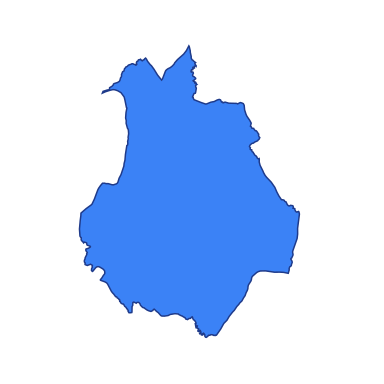 outline of Ou Chum, Rôtânôkiri, Cambodia, rotated 111°
{"feature_id": "14789045B56033797709996", "entity_name": "Ou Chum", "entity_type": "district", "adm_level": 2, "iso_a3": "KHM", "parent_name": "Cambodia", "parent_adm1": "Rôtânôkiri", "projection": "albers", "projection_center": [107.039, 13.843], "detail": "fine", "context": "isolated", "style": "filled", "palette": "blue", "viewbox_px": 384, "rotation_deg": 111, "n_neighbors": 0, "source": "geoboundaries", "source_scale": "gbopen_adm2", "svg_char_len": 6014}
<svg xmlns="http://www.w3.org/2000/svg" viewBox="0 0 384 384"><g transform="rotate(111 192 192)"><path d="M316.9,117.9L309.7,116.1L303.3,115.2L299.2,113.4L294.8,112.7L289.6,111.1L287.3,110.1L282.8,109.1L280.1,108.0L278.6,107.7L275.9,106.4L272.2,105.9L269.8,105.3L266.7,105.4L264.0,105.1L262.3,105.2L260.3,105.8L258.6,106.0L254.1,105.1L252.8,105.1L250.5,105.6L249.1,105.4L243.9,102.7L242.6,101.6L241.2,99.8L239.3,95.1L237.3,86.2L235.4,81.5L234.2,77.7L233.4,73.0L230.0,73.3L228.6,73.9L227.9,73.9L226.8,73.9L225.3,72.9L223.7,73.2L222.2,73.2L221.6,73.3L220.7,73.9L219.2,75.7L218.5,75.8L218.0,75.3L215.0,75.1L214.1,75.3L212.0,76.6L210.6,76.8L197.8,77.2L193.4,78.3L188.1,80.4L174.1,83.8L172.3,85.0L172.0,85.6L173.2,87.0L173.2,87.5L172.7,88.6L171.3,89.9L170.7,90.1L170.9,91.9L170.0,91.9L168.9,92.6L168.7,93.1L169.1,95.2L169.9,95.8L170.2,96.4L170.2,97.2L169.7,98.4L167.5,100.7L167.6,101.2L167.4,102.2L166.7,103.0L166.7,104.2L167.1,105.8L164.5,109.5L161.6,112.8L158.0,116.3L154.4,121.6L151.6,127.5L150.3,129.7L148.3,132.1L146.9,133.4L142.7,138.0L139.9,140.0L137.4,140.9L136.7,141.3L137.3,141.9L137.0,143.2L136.2,143.8L135.3,145.2L135.3,145.8L134.8,147.0L134.1,147.7L133.9,148.3L133.0,149.0L132.8,150.2L132.1,150.9L131.2,151.4L131.5,152.5L131.0,153.2L129.8,153.3L129.1,154.6L127.7,154.7L126.3,154.1L125.0,153.3L124.4,152.2L123.0,151.4L120.7,149.1L119.5,148.8L118.8,148.3L116.9,148.2L116.3,149.4L115.1,150.3L114.1,150.4L113.8,151.1L113.0,152.0L112.2,153.2L111.8,154.1L112.1,154.8L111.2,156.5L110.5,157.2L111.0,158.9L109.8,160.2L109.7,161.0L106.5,161.4L104.4,163.8L101.5,168.0L100.0,169.5L96.5,172.3L92.3,174.4L91.1,175.8L91.0,177.4L91.2,179.0L93.4,181.0L93.3,182.1L95.9,189.5L96.2,193.1L96.4,193.6L97.1,194.2L97.6,195.0L97.0,195.7L97.4,196.7L95.8,198.4L95.8,199.8L97.1,201.5L99.6,203.7L101.4,206.6L104.5,209.9L105.0,210.9L105.2,215.6L105.1,223.2L103.9,224.5L103.2,224.8L103.1,225.6L99.3,225.4L98.6,224.3L97.8,224.3L93.4,225.2L92.8,226.0L91.4,226.8L90.0,226.1L90.1,226.7L89.5,226.9L89.0,226.9L88.7,227.5L89.3,228.3L88.9,228.7L88.2,228.4L88.0,229.4L88.1,230.2L87.8,230.8L85.0,229.2L84.5,229.3L83.7,231.1L83.6,232.5L82.7,233.4L80.6,233.3L79.8,233.9L79.8,234.9L80.3,235.6L80.0,236.0L78.7,236.3L78.0,236.2L77.7,235.2L76.7,235.1L76.1,235.8L75.6,235.8L75.9,235.0L75.4,234.2L74.0,235.0L72.9,234.1L73.4,233.2L72.8,233.2L71.4,235.1L70.8,235.5L69.9,235.0L69.1,237.6L68.6,238.5L68.6,239.2L67.8,240.2L67.1,240.8L65.8,241.3L62.3,243.6L60.7,244.3L57.2,246.7L56.7,247.3L61.9,247.9L66.3,249.2L73.6,253.0L77.5,254.4L79.2,254.6L81.6,255.6L83.7,256.9L85.5,258.6L87.2,259.7L88.5,260.1L97.2,260.1L98.4,260.5L95.2,266.0L91.0,271.5L88.6,275.2L88.1,276.6L85.9,280.3L84.3,282.1L83.6,283.3L84.7,284.0L85.7,284.1L86.2,284.9L87.2,285.2L87.3,286.1L86.5,287.6L87.1,287.9L87.2,288.5L87.8,289.3L88.4,289.5L89.5,289.5L89.9,290.2L90.6,290.3L91.4,290.2L92.5,289.3L93.3,289.5L93.7,290.1L93.3,290.7L93.6,291.5L93.6,292.4L93.4,293.1L93.8,294.1L94.4,294.5L96.3,296.8L98.0,297.5L99.1,298.6L100.1,298.7L101.0,299.2L103.4,298.9L104.6,299.9L107.8,299.9L109.0,299.3L110.0,299.3L111.1,299.6L113.5,299.3L114.8,299.5L116.5,300.8L118.8,303.7L119.5,304.0L120.4,303.9L122.0,304.6L124.1,306.3L125.7,305.9L126.4,306.2L127.1,307.6L129.9,311.1L131.8,311.1L129.4,308.7L126.2,304.7L124.7,302.4L124.2,300.5L124.1,297.6L124.7,293.9L127.6,289.4L130.0,287.7L136.6,283.5L136.9,282.9L141.4,282.1L146.7,280.5L148.9,279.0L151.5,278.1L155.6,275.1L156.3,274.1L157.4,273.4L160.4,272.0L163.8,271.3L165.0,270.6L167.9,270.2L169.2,269.5L170.5,269.1L171.3,269.0L172.0,269.5L180.8,267.6L186.3,266.0L189.7,265.6L192.3,264.9L201.2,264.5L205.3,265.0L209.1,264.7L210.3,264.8L211.4,265.4L213.5,268.0L213.9,269.3L214.2,273.2L215.0,275.3L215.1,276.8L215.9,278.7L218.7,279.7L221.9,280.5L223.8,280.7L233.7,280.6L239.1,281.0L240.2,281.5L245.5,284.9L251.5,288.1L253.9,287.3L258.4,286.2L266.9,283.8L273.3,280.8L274.1,279.8L274.4,279.0L276.2,278.4L277.0,277.7L277.4,276.5L278.4,274.9L277.4,274.6L277.2,272.7L277.3,272.1L278.9,271.2L279.2,270.7L279.1,268.3L279.2,267.4L279.8,267.2L281.6,268.5L283.2,270.5L284.1,270.4L284.9,269.9L286.0,268.1L287.5,268.2L288.0,267.8L291.4,268.2L293.0,267.9L294.3,268.0L295.7,267.5L296.1,267.1L296.6,266.2L297.7,266.1L298.1,265.6L298.1,263.4L295.8,260.8L296.2,258.7L297.4,258.5L298.1,258.0L299.2,258.3L301.2,257.8L301.9,256.6L301.3,256.1L297.5,254.9L296.3,254.3L295.4,253.2L295.1,252.0L295.2,250.9L295.7,247.9L296.2,246.6L297.0,245.3L299.0,244.3L300.0,244.3L301.8,244.9L304.3,245.3L306.7,246.1L307.2,245.8L307.1,241.4L307.4,239.2L308.2,237.8L313.5,231.8L314.5,230.3L315.4,228.4L317.1,225.8L316.9,224.9L317.2,224.3L317.6,224.0L318.0,222.2L318.6,221.6L318.5,221.1L318.8,220.7L320.0,220.3L320.0,219.8L320.5,219.2L320.9,219.0L321.2,218.3L321.5,216.9L321.2,216.0L321.4,215.5L322.8,213.9L323.4,212.1L324.2,211.3L324.5,210.3L325.0,210.1L325.1,209.6L325.6,209.0L326.3,208.9L327.3,207.6L327.0,206.6L326.1,205.0L325.4,205.1L320.4,206.9L319.1,206.7L316.3,207.6L315.6,206.9L315.8,204.2L315.1,204.0L314.5,203.2L314.2,202.5L314.3,201.8L314.9,200.6L316.1,199.6L317.1,197.6L317.5,196.2L317.3,195.0L317.7,194.1L318.3,191.6L318.4,189.9L318.2,187.5L316.7,186.1L315.5,185.9L314.9,185.2L316.2,182.3L316.7,180.3L318.5,176.9L318.6,175.6L317.7,173.2L315.9,170.0L314.1,168.4L311.7,164.3L310.8,161.0L311.2,160.0L311.2,159.5L311.4,157.5L311.3,156.6L311.7,155.1L311.8,153.5L312.8,152.4L312.7,150.4L311.2,149.5L310.5,148.1L309.3,147.7L308.5,147.1L308.8,146.6L309.7,146.0L310.7,144.9L310.9,143.7L312.0,142.1L313.0,141.2L314.0,141.8L314.5,140.9L315.2,140.9L316.3,140.2L315.5,140.1L315.1,139.0L316.1,138.9L316.5,139.2L317.2,139.3L317.3,136.9L319.3,136.8L319.8,136.6L319.9,135.9L319.6,135.2L318.3,135.2L318.3,134.7L319.1,133.8L319.8,133.4L321.2,134.3L321.7,133.8L320.9,131.8L322.0,131.8L321.9,131.1L321.4,130.6L320.8,130.5L320.1,130.9L319.7,130.8L319.7,130.4L320.8,128.8L321.9,128.4L322.3,128.0L322.7,127.3L322.6,126.6L321.0,125.5L320.1,125.4L319.6,124.9L319.4,124.0L318.4,123.3L317.9,121.4L318.2,120.7L317.8,120.2L317.8,119.0L317.1,118.6L316.9,117.9Z" fill="#3b82f6" stroke="#1e3a8a" stroke-width="1.5"/></g></svg>